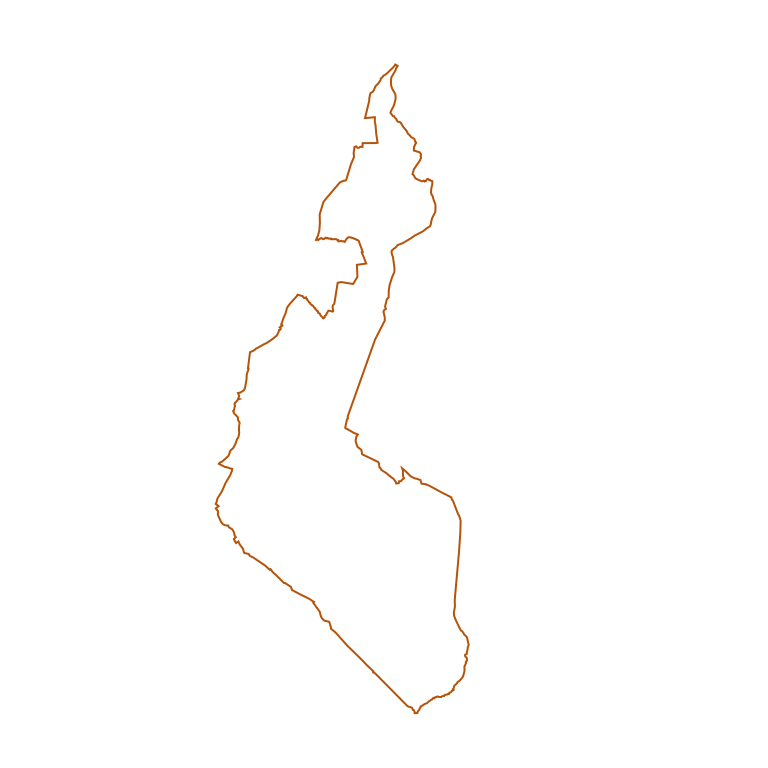 Baltatesti, Neamt, Romania (orthographic projection), rotated 103°
{"feature_id": "2599482B4509831144178", "entity_name": "Baltatesti", "entity_type": "district", "adm_level": 2, "iso_a3": "ROU", "parent_name": "Romania", "parent_adm1": "Neamt", "projection": "orthographic", "projection_center": [26.264, 47.132], "detail": "fine", "context": "isolated", "style": "outline", "palette": "amber", "viewbox_px": 768, "rotation_deg": 103, "n_neighbors": 0, "source": "geoboundaries", "source_scale": "gbopen_adm2", "svg_char_len": 6145}
<svg xmlns="http://www.w3.org/2000/svg" viewBox="0 0 768 768"><g transform="rotate(103 384 384)"><path d="M695.0,282.6L695.0,281.8L696.0,280.7L697.8,280.1L697.0,277.4L695.5,277.5L693.6,276.4L692.2,276.3L690.9,275.7L690.0,275.8L689.3,274.9L688.6,274.3L688.5,273.8L686.8,272.6L685.4,270.4L683.1,268.9L682.2,267.9L681.0,267.1L680.6,266.2L678.9,265.4L678.9,264.2L677.9,264.0L677.2,262.6L676.5,261.9L676.7,261.1L676.4,260.6L676.5,260.0L676.1,257.8L675.4,257.4L674.4,255.6L674.4,255.2L673.2,254.8L672.6,252.9L671.8,252.2L671.4,251.0L670.2,250.9L669.3,249.4L667.7,248.8L666.7,247.4L666.2,247.4L665.8,248.2L664.3,247.6L662.5,247.7L659.7,245.9L657.9,245.2L656.1,243.6L652.5,241.7L651.1,241.2L646.0,241.0L644.3,241.2L641.4,242.1L637.6,241.3L636.4,241.8L635.2,241.1L634.4,241.0L632.5,241.6L632.0,242.0L631.2,243.5L629.7,244.1L628.2,242.6L626.1,243.0L624.0,242.8L621.2,243.2L619.3,242.7L612.0,246.3L609.9,249.6L608.5,250.8L607.1,252.6L606.9,253.6L604.4,255.8L597.0,261.6L594.0,263.6L591.1,264.5L585.0,264.8L578.5,266.5L531.1,273.1L511.6,276.2L499.9,278.6L495.2,281.3L494.5,282.3L482.6,290.3L480.9,292.1L479.3,292.9L476.5,304.2L472.8,317.5L472.5,320.3L472.2,320.4L472.7,324.9L469.3,327.0L469.2,329.3L469.0,330.2L469.0,332.9L468.0,337.1L464.1,343.4L462.1,347.3L464.1,346.1L469.6,344.7L471.2,343.3L471.6,343.4L472.5,344.4L475.0,345.7L475.4,347.4L477.3,347.3L478.2,349.6L477.0,350.3L474.3,353.3L473.0,356.5L472.5,357.2L472.1,358.5L470.9,360.2L468.3,367.3L466.7,368.4L466.5,369.4L466.1,369.7L462.1,371.3L461.3,372.2L457.4,389.5L453.3,391.2L451.2,395.7L446.7,398.5L445.1,399.0L441.5,399.1L439.1,398.1L438.3,402.8L436.1,409.9L435.9,411.5L435.0,412.0L426.7,412.1L425.6,411.4L424.2,412.0L422.4,411.9L342.6,402.7L322.0,397.5L319.0,398.2L313.6,400.8L311.6,400.3L310.4,399.0L308.3,400.4L301.2,400.3L299.6,399.7L298.8,398.9L292.3,400.3L286.2,400.8L278.0,400.1L272.5,399.1L268.2,400.0L257.9,404.0L256.5,405.1L254.1,406.2L252.6,406.5L251.4,405.9L248.2,403.3L245.6,402.0L242.4,397.3L236.3,390.9L232.5,387.5L226.5,380.4L222.8,377.5L220.0,374.7L218.1,374.3L215.5,374.5L211.5,374.4L204.7,372.7L198.7,373.9L197.2,374.5L193.8,376.8L189.5,379.2L188.9,380.2L186.6,381.4L182.6,381.9L178.5,381.9L175.5,382.5L175.4,383.9L174.7,385.3L175.1,385.7L174.3,387.4L174.9,388.2L176.9,388.9L177.5,389.8L176.9,390.4L177.0,391.3L177.8,392.0L178.0,392.7L176.9,398.5L176.2,400.0L174.0,401.8L173.1,403.5L168.1,403.2L158.1,399.3L155.3,398.8L153.4,399.6L152.1,399.5L150.5,400.9L150.2,401.7L149.8,407.4L146.1,408.1L144.8,407.6L143.8,407.7L142.1,406.9L141.5,407.0L141.4,407.7L138.3,409.6L137.3,413.1L135.6,415.2L134.9,416.8L132.4,418.8L129.2,423.0L125.7,426.4L125.2,427.5L125.3,429.5L124.4,430.8L123.2,431.4L121.8,433.6L120.9,434.4L120.9,435.6L118.4,438.7L116.4,438.6L110.4,437.0L103.7,436.8L99.9,437.8L98.2,438.9L94.5,442.4L91.7,444.1L89.0,445.0L84.3,445.8L82.8,445.6L76.1,443.4L74.3,443.3L70.9,442.3L70.2,444.9L71.0,445.0L73.3,446.2L80.7,451.0L82.2,452.2L83.6,453.8L85.3,454.5L86.9,455.8L88.7,455.7L92.3,457.1L95.8,459.3L100.1,460.0L101.8,460.7L103.6,462.6L105.7,462.7L109.8,462.5L111.2,462.1L129.2,462.3L126.1,452.9L130.7,451.9L133.6,450.5L142.1,447.8L150.4,444.5L151.1,446.2L154.1,459.0L157.8,458.3L158.2,460.5L159.3,461.3L159.7,462.3L159.7,463.3L158.7,464.6L159.7,466.1L165.9,465.5L169.4,464.3L178.0,465.7L193.5,466.7L194.5,467.4L195.3,469.5L197.6,472.4L218.5,483.2L220.5,484.0L233.3,484.8L241.5,482.7L249.0,481.5L254.6,481.8L259.9,482.9L258.3,482.2L258.0,481.3L258.6,480.4L257.1,479.5L256.8,478.7L255.9,477.9L256.2,476.6L256.6,475.9L256.4,475.2L254.6,473.9L254.9,472.6L254.3,471.8L254.9,470.9L254.3,469.2L254.9,468.1L254.3,467.6L254.5,466.4L253.9,464.4L253.7,463.1L254.1,462.2L253.8,461.6L254.0,461.0L255.1,460.8L255.3,460.2L254.1,457.7L254.4,456.3L254.0,455.5L254.4,454.3L250.5,452.9L248.9,451.6L248.9,450.7L248.6,449.0L248.9,448.2L248.8,446.2L249.2,445.4L249.3,444.1L249.7,443.4L249.6,442.3L250.3,440.8L260.2,434.4L260.7,435.3L270.6,428.4L274.0,437.2L285.6,434.0L293.5,436.6L294.3,448.6L295.8,451.9L316.3,450.5L317.2,450.6L318.6,451.4L320.4,451.5L324.5,449.9L325.0,450.3L324.9,453.3L325.1,454.7L330.0,456.1L331.1,457.0L331.9,457.1L332.4,456.8L333.7,457.9L331.3,461.4L329.7,462.6L329.5,464.1L327.9,464.9L327.7,466.1L326.6,467.0L326.3,467.9L325.5,468.4L325.2,469.3L323.8,470.7L323.6,471.6L323.1,472.1L323.2,472.7L322.3,473.9L321.7,474.2L321.4,475.3L320.4,476.1L319.3,477.7L318.4,478.1L318.3,479.1L317.3,479.5L317.7,479.9L318.2,481.2L317.5,481.8L317.3,482.6L316.6,483.1L316.6,485.9L316.4,488.3L318.0,488.7L326.9,493.7L330.8,495.4L333.0,495.7L337.1,495.8L342.5,496.8L349.3,497.5L349.6,496.3L350.0,496.1L352.2,498.3L352.8,497.3L353.5,497.0L354.4,497.3L354.8,498.3L357.5,498.5L361.2,499.4L362.2,500.5L363.1,501.0L366.1,503.5L370.6,507.7L372.5,510.2L377.7,515.8L378.2,516.7L379.1,517.1L380.9,518.7L383.2,521.7L399.2,520.1L399.2,519.6L399.8,519.3L405.2,519.9L410.5,519.0L419.3,518.5L421.7,519.2L424.6,522.0L425.6,524.2L428.3,522.4L431.1,522.8L431.2,521.6L432.1,523.0L433.3,523.3L435.6,524.8L437.3,525.2L438.7,524.3L443.7,524.3L444.3,524.9L446.4,523.4L449.3,518.9L451.9,518.1L454.3,515.9L457.0,515.8L461.5,515.0L463.9,514.1L467.3,513.9L469.1,514.0L470.8,514.8L475.3,515.2L479.3,516.2L480.9,516.8L482.6,518.2L484.0,518.8L488.4,519.2L489.4,519.6L495.9,524.2L497.6,526.4L498.9,527.0L500.6,520.3L500.4,519.1L500.8,514.9L500.8,512.9L503.0,512.6L507.6,513.4L515.7,516.0L525.0,517.8L532.9,520.5L537.1,520.6L538.7,521.0L540.2,517.7L543.1,519.9L545.3,517.1L548.3,516.6L549.3,516.1L555.2,511.6L557.0,509.1L557.4,506.5L557.0,503.8L557.8,503.6L558.6,502.7L559.4,499.9L560.0,498.9L561.7,497.2L565.4,495.3L566.6,493.9L568.7,495.4L569.9,494.7L572.3,492.4L570.2,490.5L573.0,488.3L576.2,484.4L579.5,482.7L580.1,481.8L580.0,477.6L581.7,476.1L582.4,472.6L587.7,458.9L590.7,453.6L589.9,452.9L592.4,450.1L594.4,446.3L600.4,436.7L600.2,435.5L602.7,428.9L605.4,427.4L607.6,419.2L609.9,409.4L612.1,403.1L613.1,403.7L620.2,395.5L624.6,393.2L626.3,391.7L627.6,389.7L628.0,388.8L628.0,384.3L628.3,383.7L633.5,380.7L634.3,380.7L637.1,375.2L647.3,360.8L657.4,344.1L661.8,337.5L666.3,329.7L666.9,330.0L667.5,329.6L667.7,328.1L670.0,324.3L692.7,288.4L693.1,283.8L695.0,282.6Z" fill="none" stroke="#b45309" stroke-width="2"/></g></svg>